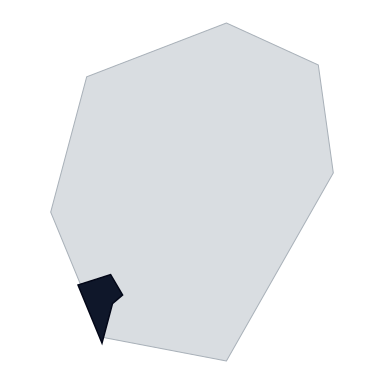 location of Boe within Nauru
{"feature_id": "NRU-4971", "entity_name": "Boe", "entity_type": "state/province", "adm_level": 1, "iso_a3": "NRU", "parent_name": "Nauru", "parent_adm1": "", "projection": "albers", "projection_center": [166.917, -0.541], "detail": "fine", "context": "in_parent", "style": "filled", "palette": "ink", "viewbox_px": 384, "rotation_deg": 0, "n_neighbors": 0, "source": "natural_earth", "source_scale": "10m", "svg_char_len": 356}
<svg xmlns="http://www.w3.org/2000/svg" viewBox="0 0 384 384"><path d="M333.3,172.9L226.4,361.0L102.3,337.3L50.7,212.1L86.7,76.8L226.4,23.0L318.3,65.0L333.3,172.9Z" fill="#d9dde1" stroke="#a8b0b8" stroke-width="1"/><path d="M102.0,343.1L78.0,285.0L110.6,274.6L122.6,295.0L112.5,303.6L102.0,343.1Z" fill="#0f172a" stroke="#020617" stroke-width="1.5"/></svg>